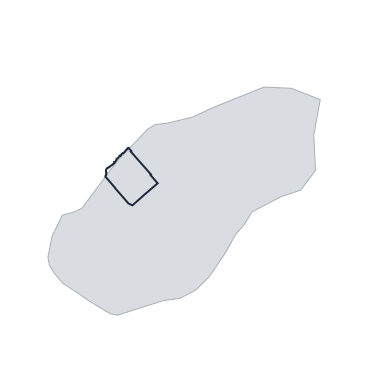 location of 84, Ar Rayyān, Qatar, rotated 49°
{"feature_id": "91078587B80601194471899", "entity_name": "84", "entity_type": "district", "adm_level": 2, "iso_a3": "QAT", "parent_name": "Qatar", "parent_adm1": "Ar Rayyān", "projection": "mercator", "projection_center": [50.776, 25.173], "detail": "medium", "context": "in_parent", "style": "outline", "palette": "slate", "viewbox_px": 384, "rotation_deg": 49, "n_neighbors": 0, "source": "geoboundaries", "source_scale": "gbopen_adm2", "svg_char_len": 2154}
<svg xmlns="http://www.w3.org/2000/svg" viewBox="0 0 384 384"><g transform="rotate(49 192 192)"><path d="M207.4,341.0L191.3,345.0L176.2,349.4L163.5,349.3L153.4,347.6L146.6,343.4L133.6,326.7L124.4,305.1L130.1,293.1L132.0,285.5L119.6,228.5L115.5,184.5L117.0,175.5L124.1,165.1L135.9,142.2L142.2,120.1L160.0,68.9L178.8,49.1L206.4,34.6L229.1,62.9L256.7,84.6L261.9,108.7L253.8,128.4L246.4,159.7L250.8,174.0L252.5,186.4L260.0,207.3L267.2,234.3L268.5,253.1L264.5,270.5L255.0,285.1L236.1,329.0L230.4,333.5L207.4,341.0Z" fill="#d9dde1" stroke="#a8b0b8" stroke-width="1"/><path d="M116.9,211.0L116.8,211.4L117.0,211.4L117.1,211.6L117.0,211.9L116.9,212.5L117.1,212.8L117.1,213.4L117.0,213.7L117.0,213.8L117.0,214.1L117.0,214.7L117.1,214.8L117.2,215.0L117.2,215.7L117.1,216.1L116.7,216.2L117.4,216.1L117.5,216.6L117.7,216.8L117.7,217.1L117.7,217.5L117.4,218.3L117.5,218.3L117.4,218.6L117.5,218.7L117.3,219.0L117.2,219.6L117.3,220.0L117.2,220.5L117.4,221.2L117.4,221.4L117.5,221.5L117.4,221.8L117.6,221.7L117.7,222.0L117.8,222.0L117.9,222.4L117.8,222.8L117.6,223.0L117.4,223.6L117.2,223.7L117.0,223.9L117.4,223.7L117.4,223.9L117.1,223.9L117.4,224.0L117.6,224.4L117.7,224.8L117.6,225.5L117.8,225.9L117.7,226.7L117.6,227.1L117.9,227.2L118.0,227.7L118.0,227.9L118.1,228.1L118.3,228.2L118.3,228.7L118.5,229.1L118.7,229.5L118.8,229.8L118.8,230.7L118.9,230.9L119.0,230.9L119.1,231.4L119.0,231.8L118.9,231.8L119.1,232.0L119.3,232.1L119.3,233.4L119.2,233.4L119.2,233.6L119.0,234.0L119.2,234.9L119.1,235.5L119.0,235.9L119.0,236.2L118.9,236.2L118.9,236.3L118.9,236.7L119.0,236.7L119.0,237.2L118.9,237.2L118.8,237.9L118.7,238.1L118.8,238.4L118.7,238.4L118.6,239.1L118.5,239.4L118.5,240.0L118.4,240.0L118.5,241.1L118.6,241.8L118.9,242.2L118.9,242.4L119.2,242.6L119.4,242.7L120.1,243.5L120.4,243.6L120.6,243.7L120.8,243.8L121.0,243.8L121.0,244.0L121.3,244.1L121.6,244.5L121.8,244.7L122.3,245.0L122.5,245.3L122.9,246.0L123.0,246.0L123.1,246.3L123.1,246.8L123.3,246.9L123.6,247.3L138.5,247.3L138.7,247.5L158.9,247.5L163.0,245.7L162.8,229.6L162.9,212.2L151.9,212.2L151.9,211.5L145.1,211.5L121.3,211.7L121.3,210.9L116.9,211.0Z" fill="none" stroke="#1e293b" stroke-width="2"/></g></svg>